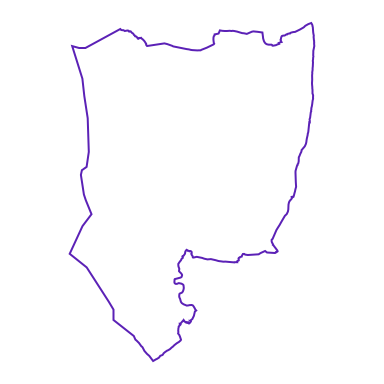 Lardal nor, Vestfold, Norway
{"feature_id": "86288312B65045037066100", "entity_name": "Lardal nor", "entity_type": "district", "adm_level": 2, "iso_a3": "NOR", "parent_name": "Norway", "parent_adm1": "Vestfold", "projection": "mercator", "projection_center": [9.915, 59.364], "detail": "fine", "context": "isolated", "style": "outline", "palette": "violet", "viewbox_px": 384, "rotation_deg": 0, "n_neighbors": 0, "source": "geoboundaries", "source_scale": "gbopen_adm2", "svg_char_len": 5817}
<svg xmlns="http://www.w3.org/2000/svg" viewBox="0 0 384 384"><path d="M275.0,253.0L275.9,252.5L275.7,252.3L275.8,252.1L277.5,251.5L277.6,251.4L277.4,250.6L276.9,249.9L273.4,245.3L272.9,244.9L273.1,244.5L272.2,242.8L272.0,242.6L271.7,241.5L271.6,240.9L271.7,239.7L272.6,238.9L276.5,229.9L278.5,226.7L279.6,225.0L281.5,221.6L284.9,215.8L286.7,214.1L287.9,211.6L288.3,209.5L288.5,204.6L289.0,202.3L289.6,201.1L289.8,200.9L290.6,199.8L291.2,199.4L291.6,198.6L291.9,198.2L292.0,197.8L291.6,197.1L291.6,196.9L292.3,196.8L293.0,197.1L293.5,196.8L293.6,196.5L293.6,196.0L293.9,195.5L294.5,193.1L295.0,191.4L295.4,189.4L296.1,186.8L295.8,182.0L295.5,172.7L295.5,171.8L295.6,170.7L297.0,165.8L297.5,165.3L297.5,164.4L298.2,163.6L298.7,161.3L298.8,157.3L299.5,155.9L300.4,153.6L301.2,152.1L301.5,151.0L301.6,150.1L304.8,146.3L305.9,143.9L306.4,141.8L306.4,141.3L306.8,138.7L307.7,134.8L307.7,134.0L308.2,132.4L308.3,131.8L309.3,122.2L309.8,122.3L309.8,120.7L309.6,119.8L309.6,119.3L309.8,118.6L310.1,117.8L310.8,112.2L311.2,111.4L311.1,110.4L311.4,109.0L311.3,108.3L311.8,106.5L312.2,104.1L312.6,100.7L313.1,98.7L313.0,98.2L313.1,95.4L312.8,94.2L312.5,93.6L312.5,92.9L312.5,91.1L312.5,89.9L312.3,88.2L312.3,87.1L312.1,85.1L312.0,83.2L312.2,79.6L312.1,75.4L312.3,73.1L312.2,72.4L312.6,69.9L312.6,68.2L312.8,66.5L313.0,62.0L312.8,61.0L313.1,59.0L313.1,57.8L313.4,56.6L313.2,55.3L313.3,52.7L313.3,51.9L313.3,50.9L313.9,48.1L314.1,46.9L314.3,46.1L314.1,43.7L314.2,42.6L314.1,42.2L314.1,41.5L314.1,40.7L313.9,40.0L313.7,37.6L313.6,37.1L313.7,36.2L313.8,35.9L313.7,35.3L313.7,35.1L313.5,34.3L313.2,32.4L312.8,27.1L312.5,26.2L312.5,25.8L312.4,25.3L312.1,24.5L311.2,23.0L308.3,24.1L305.3,25.8L303.9,27.2L303.3,27.6L300.0,29.5L295.1,31.9L293.1,32.1L291.1,32.6L290.4,32.9L290.2,33.4L288.1,33.7L287.7,33.9L287.2,34.4L286.5,34.3L285.3,35.2L284.2,35.6L283.1,35.6L281.8,36.1L281.5,36.6L281.0,38.2L280.9,39.1L280.6,39.6L280.6,40.1L280.9,40.4L281.0,41.2L281.5,42.0L280.6,42.2L278.7,43.0L279.1,43.9L277.5,44.4L275.8,45.2L273.1,45.7L272.5,45.7L272.4,45.5L272.2,45.1L271.5,44.7L268.8,44.7L267.0,44.3L266.3,44.0L265.5,43.4L264.7,42.5L263.9,41.0L263.3,39.0L263.1,38.2L263.0,37.0L262.4,32.5L257.5,31.8L253.4,31.4L251.9,31.7L246.8,33.9L244.1,33.3L242.1,33.1L237.1,31.6L234.2,31.0L232.6,30.8L231.8,31.0L229.6,30.8L227.0,31.0L224.7,31.0L222.1,30.8L219.9,30.4L218.6,33.5L218.1,33.7L214.6,34.4L214.5,35.5L213.8,36.2L213.5,37.5L213.4,39.3L213.5,40.2L213.5,40.7L213.7,42.0L213.8,42.8L214.2,43.7L213.9,44.1L213.6,44.4L206.8,47.7L201.2,49.9L200.7,50.3L197.1,50.4L192.4,50.1L190.9,49.9L188.9,49.4L186.7,49.1L173.2,46.4L172.1,45.8L167.3,44.1L164.4,43.4L147.1,46.0L146.2,44.9L146.1,44.7L146.2,44.2L146.1,43.6L145.6,43.1L145.4,42.6L144.4,41.1L142.8,39.4L141.7,38.6L141.1,37.8L140.1,38.1L139.1,37.9L138.8,38.0L138.5,38.3L138.5,38.7L138.3,38.8L138.0,38.7L137.7,38.5L137.4,37.8L136.5,36.7L136.2,36.5L135.3,36.4L135.1,36.3L134.8,35.5L134.1,35.1L133.3,33.8L132.8,33.3L132.0,32.9L130.6,31.3L130.0,31.3L129.7,31.6L128.9,31.5L128.7,31.3L128.7,30.9L128.5,30.7L127.3,30.5L126.4,30.7L124.8,31.0L123.5,30.2L122.6,30.2L121.2,30.0L120.3,29.0L85.4,48.0L79.1,48.0L72.2,46.1L82.4,78.7L84.3,96.0L87.7,118.2L88.8,151.9L86.6,166.9L81.9,170.2L80.9,174.9L83.9,194.5L85.8,200.2L91.5,214.2L82.5,226.1L69.7,253.8L86.7,267.4L108.9,301.9L113.5,309.6L113.5,320.0L133.8,336.0L135.4,339.6L136.6,340.6L139.0,343.0L141.3,346.2L142.2,346.9L142.6,347.4L144.4,350.9L147.0,353.9L149.3,355.9L153.1,361.0L156.2,359.2L156.6,359.1L158.9,357.7L160.3,355.8L162.2,355.1L162.8,354.7L163.6,353.3L164.9,352.2L167.0,350.7L168.2,350.2L170.0,349.1L171.8,347.4L172.7,346.8L174.3,345.2L176.7,343.3L179.0,341.9L180.0,341.0L180.7,340.4L181.0,339.7L180.0,336.7L179.3,335.0L178.1,333.5L178.4,332.1L178.3,331.5L178.2,330.6L178.3,329.8L178.4,328.3L178.7,327.3L178.7,326.8L178.7,326.5L180.4,324.7L179.7,324.2L179.7,323.7L180.3,323.8L183.0,320.7L183.0,320.9L183.2,321.1L183.7,321.0L184.1,320.7L184.2,320.9L184.6,321.5L185.9,322.5L186.4,322.7L186.9,322.8L186.8,322.5L186.6,322.1L187.6,322.3L188.2,322.2L188.4,322.4L188.4,322.9L188.5,323.1L189.0,323.5L189.3,323.3L189.3,323.0L189.3,322.9L190.2,322.5L190.5,321.9L190.9,321.5L190.9,321.3L190.4,320.8L190.7,320.8L190.6,320.4L192.3,319.1L193.9,315.8L194.9,311.5L196.2,310.5L195.4,309.6L194.3,307.5L193.4,306.1L192.8,305.4L191.7,305.0L189.7,305.1L188.4,305.4L186.8,305.6L183.6,304.3L181.8,303.1L180.9,301.8L180.1,298.9L179.4,297.4L179.2,296.2L179.3,294.8L179.4,294.1L179.6,293.7L180.1,293.4L181.6,292.8L182.2,292.4L182.9,291.4L183.5,289.7L183.8,288.0L183.6,286.0L183.5,285.3L183.2,284.7L181.6,283.7L178.8,283.1L176.8,283.9L175.8,283.9L175.2,283.6L174.7,283.2L174.5,282.6L174.4,282.2L174.6,279.4L174.8,279.1L180.5,277.6L181.4,277.1L181.7,276.6L182.1,275.1L181.9,274.4L180.8,273.0L179.9,272.2L179.0,271.1L179.3,268.8L178.5,266.6L178.3,265.1L178.3,263.9L179.9,261.5L180.9,260.4L181.6,258.8L182.7,258.0L182.8,257.8L182.8,257.4L182.7,257.0L182.4,256.6L182.6,256.1L182.8,256.0L183.2,255.9L183.5,255.8L185.0,253.7L185.2,252.2L185.4,251.4L185.8,250.8L186.6,249.8L186.9,249.9L187.8,250.8L188.5,250.7L189.3,251.3L189.8,251.0L190.2,251.0L190.9,251.2L191.6,251.9L191.7,252.6L191.7,252.9L191.5,253.0L191.4,253.3L191.3,253.8L191.6,254.1L191.6,254.5L191.8,255.0L192.7,256.3L192.8,257.0L192.8,257.3L193.0,257.5L193.8,257.5L196.4,256.9L197.1,256.9L202.1,257.9L204.3,258.7L207.5,259.4L210.9,259.1L211.3,259.2L215.7,260.2L218.4,261.0L219.7,261.2L220.7,261.3L223.4,261.7L225.3,261.6L227.5,261.8L234.3,262.4L234.4,262.2L235.8,262.2L237.1,262.2L237.0,261.9L236.9,261.6L237.5,260.9L238.4,260.7L238.8,260.3L238.8,260.1L238.7,259.5L238.5,258.5L238.7,258.1L238.9,257.8L239.6,257.7L240.1,257.0L241.7,256.6L242.0,255.6L242.9,254.0L244.0,253.9L244.4,254.0L245.1,254.6L247.8,255.0L258.7,254.3L260.0,253.4L261.1,252.8L265.1,251.0L267.0,252.5L275.0,253.0Z" fill="none" stroke="#5b21b6" stroke-width="2"/></svg>